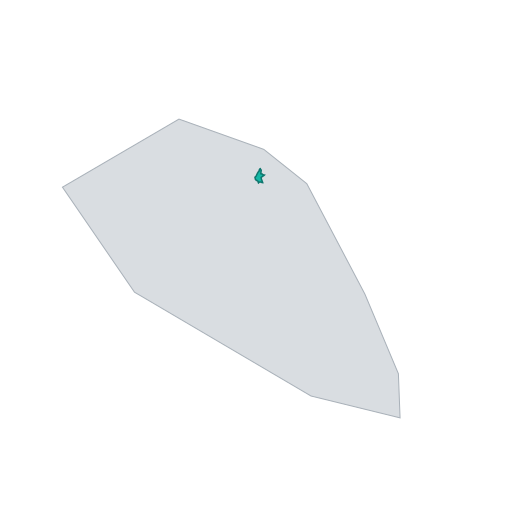 Mal Maison, Soufrière, Saint Lucia (highlighted), rotated 118°
{"feature_id": "8701671B16128625192304", "entity_name": "Mal Maison", "entity_type": "district", "adm_level": 2, "iso_a3": "LCA", "parent_name": "Saint Lucia", "parent_adm1": "Soufrière", "projection": "albers", "projection_center": [-61.046, 13.875], "detail": "fine", "context": "in_parent", "style": "filled", "palette": "teal", "viewbox_px": 512, "rotation_deg": 118, "n_neighbors": 0, "source": "geoboundaries", "source_scale": "gbopen_adm2", "svg_char_len": 1287}
<svg xmlns="http://www.w3.org/2000/svg" viewBox="0 0 512 512"><g transform="rotate(118 256 256)"><path d="M345.0,346.3L286.1,459.2L171.3,388.3L158.2,299.2L168.3,245.1L238.5,142.0L293.1,75.0L331.3,52.8L353.8,141.7L345.0,346.3Z" fill="#d9dde1" stroke="#a8b0b8" stroke-width="1"/><path d="M188.1,284.5L186.8,285.9L185.6,287.3L185.3,287.6L184.2,288.4L183.8,288.1L182.9,287.8L182.2,287.3L181.8,287.3L181.2,286.8L180.6,286.6L180.7,287.0L180.8,287.4L181.0,288.1L180.8,288.7L180.7,289.1L180.7,289.3L181.0,289.7L181.0,290.0L181.1,290.4L178.0,291.6L177.7,291.7L177.7,291.9L177.7,292.0L177.6,292.3L177.2,292.8L177.0,293.1L176.9,293.2L177.3,293.5L177.5,293.5L178.5,293.5L178.7,293.3L179.4,293.1L179.9,293.4L180.2,293.3L180.8,293.5L181.1,293.5L181.5,293.5L182.2,293.6L183.2,293.5L184.1,293.5L184.8,293.4L185.4,293.4L186.2,293.6L186.8,293.9L187.0,293.9L187.6,293.3L187.9,293.1L188.3,292.9L188.5,292.6L188.7,292.2L188.8,291.9L188.9,291.6L188.9,291.4L189.1,291.2L189.0,290.9L188.9,290.7L189.2,289.1L189.2,288.9L189.3,288.8L189.4,288.7L189.5,288.7L189.8,288.6L190.0,288.5L190.1,288.4L190.3,288.4L190.5,288.3L190.8,288.3L191.0,288.4L190.7,288.2L189.9,288.0L189.2,287.7L188.9,287.4L188.7,287.0L188.5,286.6L188.4,285.6L188.2,284.7L188.1,284.5Z" fill="#14b8a6" stroke="#0f766e" stroke-width="1.5"/></g></svg>